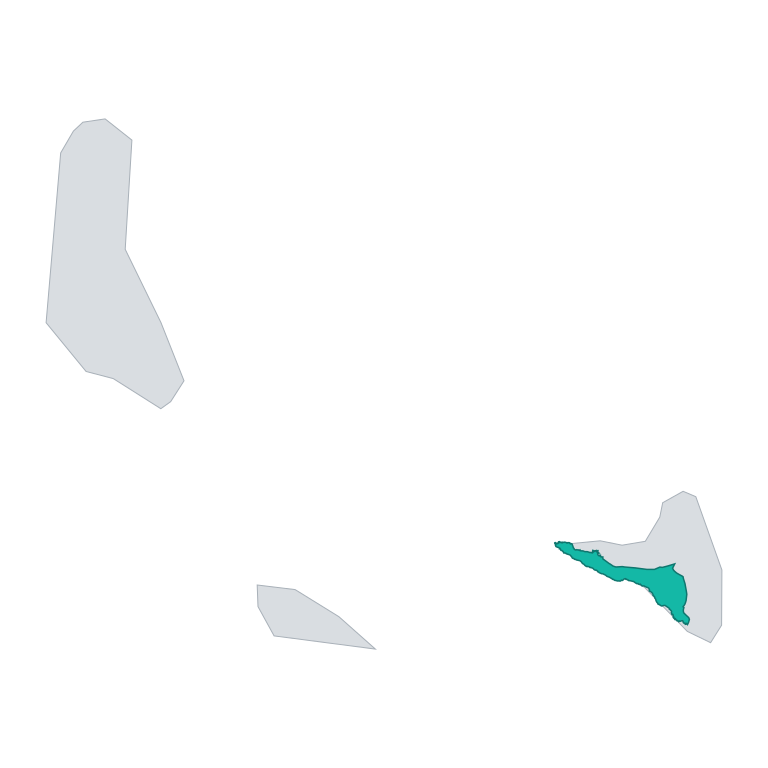 Sima, Andjouân, Comoros (highlighted)
{"feature_id": "10938185B89113061759376", "entity_name": "Sima", "entity_type": "district", "adm_level": 2, "iso_a3": "COM", "parent_name": "Comoros", "parent_adm1": "Andjouân", "projection": "albers", "projection_center": [44.321, -12.244], "detail": "fine", "context": "in_parent", "style": "filled", "palette": "teal", "viewbox_px": 768, "rotation_deg": 0, "n_neighbors": 0, "source": "geoboundaries", "source_scale": "gbopen_adm2", "svg_char_len": 6203}
<svg xmlns="http://www.w3.org/2000/svg" viewBox="0 0 768 768"><path d="M170.7,401.6L160.8,408.7L113.3,378.6L86.1,371.5L46.1,322.7L60.7,152.9L73.4,131.1L82.9,122.2L105.1,118.9L131.9,140.1L125.2,249.3L161.0,322.7L184.0,380.8L170.7,401.6ZM695.8,496.7L721.9,570.0L721.6,625.2L710.6,642.7L687.3,631.4L644.4,587.3L562.7,544.4L600.2,540.8L622.1,545.2L645.3,541.3L659.8,517.1L662.7,502.7L683.1,491.3L695.8,496.7ZM338.9,616.7L375.4,649.1L274.1,635.9L258.0,606.6L257.2,585.0L295.1,589.6L338.9,616.7Z" fill="#d9dde1" stroke="#a8b0b8" stroke-width="1"/><path d="M683.1,576.8L682.2,576.1L679.2,574.5L676.6,573.0L674.4,571.1L673.4,569.9L672.6,568.2L674.7,563.9L667.7,566.0L662.4,567.4L659.9,567.1L654.5,569.4L646.8,569.4L635.3,567.9L624.7,567.0L622.3,566.6L615.9,567.0L613.1,566.1L610.1,564.0L609.4,563.7L602.9,558.9L602.8,557.0L602.4,557.1L602.2,557.1L602.0,556.9L601.1,556.9L601.0,556.7L600.7,556.6L600.5,556.4L600.5,555.2L600.0,555.1L599.8,555.5L599.7,555.5L599.7,555.9L599.0,555.7L598.6,555.6L598.0,554.9L597.7,554.4L597.8,554.0L597.7,553.7L597.7,553.3L597.6,553.1L597.8,553.2L598.2,553.1L598.4,553.2L598.7,553.2L599.0,553.1L598.4,552.7L598.1,552.3L597.9,552.3L597.8,551.9L597.6,551.8L598.0,550.8L598.0,550.6L597.6,550.6L597.2,551.1L596.6,551.4L596.4,551.0L596.3,550.6L596.0,550.8L595.9,550.7L595.7,550.7L595.6,550.9L595.3,550.9L595.4,551.1L595.0,551.2L594.9,551.0L594.7,551.1L594.6,550.8L594.3,550.9L594.4,551.1L594.1,551.2L594.0,551.5L593.6,551.5L593.4,551.3L593.4,551.0L593.3,550.8L593.4,550.6L592.9,550.3L592.6,551.0L592.5,551.5L592.9,552.5L592.6,552.8L592.1,552.9L591.9,552.8L591.3,552.6L590.7,552.6L590.0,552.3L589.6,552.5L587.6,551.7L587.3,551.7L585.7,551.6L585.2,551.7L584.5,551.5L583.0,550.9L581.8,550.9L580.2,550.7L580.0,550.0L579.6,550.3L579.1,550.3L578.8,549.9L578.2,550.0L577.1,549.8L576.9,549.7L576.8,549.8L576.5,549.8L575.8,550.0L574.7,549.6L574.2,549.2L574.1,548.6L573.9,548.3L573.4,547.9L573.3,547.6L573.0,546.6L572.1,544.1L571.8,543.8L571.5,543.7L571.1,543.6L570.8,543.9L570.3,543.8L569.9,543.4L569.9,543.0L569.4,542.7L568.0,542.6L567.7,542.9L567.4,542.9L567.2,542.8L567.0,543.0L566.8,543.0L566.7,542.9L566.6,542.7L566.3,542.7L566.1,542.5L565.1,542.2L564.8,542.1L564.5,542.2L564.4,542.3L563.6,542.3L563.4,542.4L562.8,542.2L562.5,542.2L562.4,542.7L562.0,542.7L561.9,542.8L560.9,542.5L560.8,542.1L560.5,542.2L560.0,542.1L559.9,542.2L559.9,542.4L559.4,542.5L559.3,541.7L558.8,541.8L558.6,541.8L558.3,542.3L558.5,542.6L558.3,543.2L557.8,543.5L557.5,543.4L557.5,543.6L555.9,543.4L555.8,542.9L555.5,542.6L554.9,542.7L554.7,543.0L554.8,543.4L555.0,543.7L555.8,543.6L556.0,543.9L556.0,544.1L555.8,544.4L555.8,544.6L555.4,544.9L555.4,545.2L555.6,545.5L555.8,545.9L555.9,546.4L555.9,546.5L557.6,547.3L557.9,547.3L559.8,548.3L559.8,548.6L559.7,548.8L560.0,548.8L560.1,548.6L560.5,549.1L560.5,549.6L560.7,550.0L561.2,550.5L561.4,550.5L561.9,550.5L562.5,551.0L562.8,551.4L563.2,551.5L563.4,551.9L563.4,552.2L563.8,553.0L564.6,552.9L564.9,553.1L565.4,553.1L566.3,553.5L566.4,553.8L566.7,553.7L567.2,554.0L567.5,554.2L567.8,554.2L567.9,554.3L568.3,554.4L569.5,554.8L570.0,555.0L570.7,555.6L570.9,556.0L571.8,557.0L572.2,557.9L572.7,558.3L573.0,558.3L573.5,558.4L573.7,558.7L574.2,558.8L574.5,559.0L574.6,559.3L574.8,559.4L575.0,559.4L576.0,559.5L576.3,559.9L576.6,560.0L577.2,560.1L577.5,560.2L577.9,560.2L578.1,560.3L579.5,560.6L580.3,560.9L580.8,561.4L581.2,561.6L581.5,562.1L581.9,562.8L582.1,562.9L582.6,563.6L583.5,564.0L584.2,564.5L584.6,565.1L585.1,565.6L585.5,565.7L585.8,566.1L586.9,566.6L587.2,566.6L587.3,566.4L589.3,566.8L589.9,567.5L590.4,567.6L590.8,567.4L591.4,567.8L592.1,567.9L592.4,568.0L593.3,568.6L593.9,569.4L594.6,569.9L595.3,570.1L595.8,570.1L596.2,570.4L596.6,570.3L596.9,570.5L597.7,571.3L597.7,571.7L598.5,571.9L599.1,572.6L601.5,573.7L603.2,573.9L604.3,574.6L604.8,574.7L606.2,575.6L606.6,576.1L607.5,576.6L607.8,576.6L608.1,576.7L609.9,577.5L610.8,578.1L611.3,578.3L611.8,578.6L612.5,579.3L612.9,579.4L613.1,579.3L613.4,579.4L614.8,580.4L615.9,580.5L617.1,580.9L617.7,581.0L619.2,580.9L619.8,581.1L620.2,581.1L620.8,580.8L621.3,580.2L622.2,580.5L622.6,580.3L623.3,579.8L623.7,579.3L625.1,578.6L625.5,578.7L625.8,579.3L626.7,579.2L627.3,579.9L627.6,580.0L628.0,580.0L628.3,580.1L628.7,580.6L629.9,580.7L631.4,581.0L632.8,581.4L633.5,581.4L635.6,583.0L636.3,583.3L636.9,583.7L637.2,583.7L637.8,583.5L638.1,583.5L638.6,584.1L639.1,584.4L639.6,584.4L640.2,584.1L640.6,584.5L641.5,585.4L642.1,585.9L644.0,585.9L645.5,586.7L647.1,587.4L647.8,587.6L648.4,587.9L648.8,588.3L649.4,589.5L649.2,589.8L649.3,590.8L649.5,591.1L649.8,591.2L650.3,591.3L650.7,591.6L650.9,591.9L652.1,592.8L652.4,593.5L652.9,594.2L653.1,594.9L653.0,595.3L653.1,595.5L653.6,595.8L654.6,596.9L655.0,598.4L655.7,599.2L656.0,600.6L656.5,601.7L656.9,602.3L657.7,603.2L657.8,603.7L658.1,604.2L658.6,604.4L658.9,604.3L660.0,605.1L660.3,605.1L660.6,605.5L661.7,606.0L661.9,606.0L662.3,605.8L662.8,605.7L664.1,605.4L665.0,605.4L668.6,607.8L669.4,608.5L669.5,608.8L669.4,609.1L669.7,609.2L670.3,609.9L670.5,610.1L670.8,610.3L671.3,610.9L671.6,611.6L671.6,611.9L671.3,612.5L671.5,613.3L671.9,614.0L671.9,614.4L672.1,614.4L672.4,614.3L672.8,614.4L672.8,614.8L673.1,615.0L673.2,615.3L673.1,615.6L673.2,616.0L673.3,616.5L673.2,617.3L673.4,617.4L673.8,617.3L673.8,617.5L673.7,617.6L673.9,617.9L673.8,618.1L674.2,618.3L674.3,618.5L674.6,618.5L674.7,618.9L675.1,618.7L675.2,618.9L675.4,618.9L675.4,619.1L675.2,619.2L675.2,619.6L675.3,619.6L675.6,619.5L676.4,620.0L676.6,620.1L676.9,620.3L676.9,620.7L677.1,620.8L677.3,620.8L677.3,620.7L677.6,620.7L677.8,620.9L678.1,621.0L678.3,621.1L678.4,621.3L678.6,621.5L678.9,621.3L678.9,621.6L679.3,621.5L679.6,621.3L680.1,621.3L680.6,621.2L681.4,620.8L682.5,620.7L682.8,620.9L682.9,621.3L683.1,621.5L683.2,621.8L683.2,622.2L683.5,622.4L683.4,622.7L683.6,623.0L684.6,623.2L684.8,623.6L686.1,623.3L686.3,623.6L685.9,623.8L685.7,624.3L686.0,624.3L686.6,623.7L686.8,623.7L687.0,623.8L687.5,624.5L688.5,622.5L689.4,619.4L688.7,617.6L685.9,615.0L683.7,612.8L683.4,611.5L683.3,609.9L683.9,607.6L683.4,607.3L683.1,606.7L684.2,605.3L684.9,604.1L685.6,602.2L686.1,600.4L686.8,594.3L686.4,591.5L685.0,583.7L683.5,578.9L683.2,577.6L683.1,576.8Z" fill="#14b8a6" stroke="#0f766e" stroke-width="1.5"/></svg>